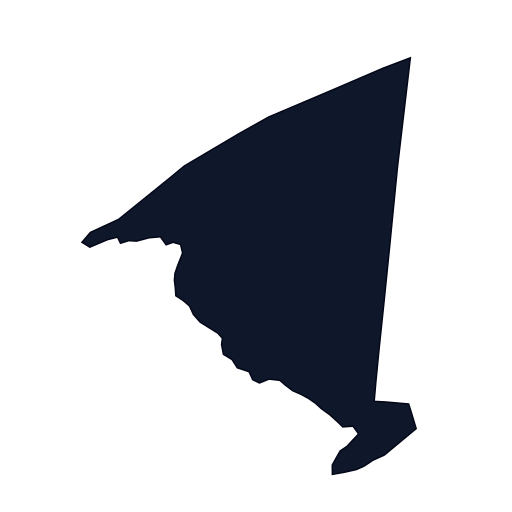 the district of Ichu, Bahia, Brazil, rotated 275°
{"feature_id": "56859067B55648901233948", "entity_name": "Ichu", "entity_type": "district", "adm_level": 2, "iso_a3": "BRA", "parent_name": "Brazil", "parent_adm1": "Bahia", "projection": "robinson", "projection_center": [-39.186, -11.716], "detail": "fine", "context": "isolated", "style": "filled", "palette": "ink", "viewbox_px": 512, "rotation_deg": 275, "n_neighbors": 0, "source": "geoboundaries", "source_scale": "gbopen_adm2", "svg_char_len": 1087}
<svg xmlns="http://www.w3.org/2000/svg" viewBox="0 0 512 512"><g transform="rotate(275 256 256)"><path d="M466.9,392.5L454.3,366.4L426.2,314.1L395.6,256.5L376.3,228.2L339.5,176.8L326.4,163.5L280.6,116.0L265.1,89.0L254.5,81.4L250.3,89.7L254.7,97.9L259.3,106.6L262.7,116.4L256.9,119.9L260.2,127.9L260.4,135.7L264.8,147.8L266.8,159.1L259.3,165.5L262.4,172.1L260.9,179.9L252.5,182.6L239.7,178.8L231.8,176.8L224.8,176.8L216.6,178.5L209.4,179.6L205.5,187.0L200.4,194.1L192.2,198.8L185.2,206.2L180.0,216.4L175.8,224.7L171.1,229.7L164.8,229.4L155.2,232.1L150.7,241.2L143.0,247.1L140.1,259.2L132.5,263.5L129.8,270.5L134.5,279.7L134.2,290.6L130.1,296.2L125.0,304.3L122.2,312.6L118.8,320.5L114.6,327.9L109.5,334.6L104.3,343.3L98.4,351.1L93.3,357.4L94.9,367.5L87.7,373.7L81.0,368.4L74.3,363.2L69.2,356.9L61.0,353.1L54.4,350.2L45.1,351.1L48.2,362.7L52.0,374.6L56.1,382.0L62.7,390.2L68.9,401.2L98.0,430.6L112.6,424.8L121.9,421.0L121.9,397.4L121.5,386.4L129.1,386.4L141.9,386.4L172.2,386.7L218.2,387.5L275.1,388.3L357.0,389.2L466.9,392.5Z" fill="#0f172a" stroke="#020617" stroke-width="1.5"/></g></svg>